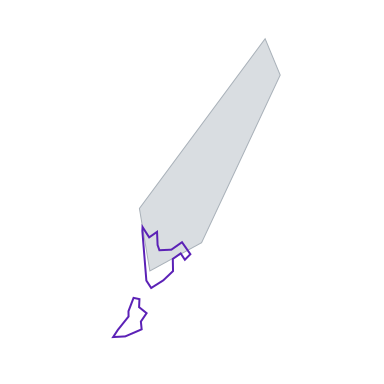 where East End sits in Anguilla, rotated 145°
{"feature_id": "AIA-5115", "entity_name": "East End", "entity_type": "District", "adm_level": 1, "iso_a3": "AIA", "parent_name": "Anguilla", "parent_adm1": "", "projection": "mercator", "projection_center": [-62.977, 18.266], "detail": "fine", "context": "in_parent", "style": "outline", "palette": "violet", "viewbox_px": 384, "rotation_deg": 145, "n_neighbors": 0, "source": "natural_earth", "source_scale": "10m", "svg_char_len": 647}
<svg xmlns="http://www.w3.org/2000/svg" viewBox="0 0 384 384"><g transform="rotate(145 192 192)"><path d="M244.5,208.7L44.2,275.6L52.7,237.2L213.2,145.0L271.8,151.5L244.5,208.7Z" fill="#d9dde1" stroke="#a8b0b8" stroke-width="1"/><path d="M229.0,142.0L236.7,140.6L236.5,148.2L246.1,148.2L252.9,138.1L266.2,136.1L280.5,136.8L280.2,145.6L255.0,188.6L252.6,191.7L253.1,179.4L243.5,179.4L250.6,168.3L252.1,163.0L242.0,156.6L229.0,156.6L229.0,142.0ZM298.7,118.8L308.2,115.2L312.0,108.4L329.5,112.0L339.8,118.4L331.8,121.6L315.4,126.4L312.4,130.8L300.6,138.8L296.5,134.4L301.4,128.0L298.7,118.8Z" fill="none" stroke="#5b21b6" stroke-width="2"/></g></svg>